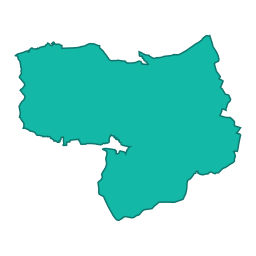 Mariselu, Bistrita-Nasaud, Romania (Robinson projection)
{"feature_id": "2599482B66429333464185", "entity_name": "Mariselu", "entity_type": "district", "adm_level": 2, "iso_a3": "ROU", "parent_name": "Romania", "parent_adm1": "Bistrita-Nasaud", "projection": "robinson", "projection_center": [24.492, 47.008], "detail": "fine", "context": "isolated", "style": "filled", "palette": "teal", "viewbox_px": 256, "rotation_deg": 0, "n_neighbors": 0, "source": "geoboundaries", "source_scale": "gbopen_adm2", "svg_char_len": 5685}
<svg xmlns="http://www.w3.org/2000/svg" viewBox="0 0 256 256"><path d="M212.5,44.3L209.8,35.8L209.6,36.1L209.2,36.1L206.8,35.6L205.8,36.0L204.2,37.2L202.6,38.6L202.0,39.8L198.9,42.2L197.4,43.1L196.4,43.5L186.6,50.4L180.8,53.7L178.3,54.8L173.7,54.6L171.8,55.5L164.0,56.4L162.0,57.2L158.8,57.7L156.9,57.6L156.0,58.0L153.7,58.4L151.6,57.4L149.5,56.2L149.1,55.4L145.6,54.9L144.5,54.3L143.8,54.2L141.7,52.9L139.1,51.7L139.4,55.8L139.6,56.0L140.0,56.2L141.7,56.2L141.7,56.5L142.5,56.6L142.4,57.4L142.4,58.0L142.8,58.4L143.1,58.3L143.7,58.8L143.9,60.0L147.3,62.9L147.4,63.2L148.0,64.0L148.1,64.4L142.5,64.2L142.5,63.6L141.8,63.5L141.5,63.2L141.3,62.7L141.2,62.0L141.0,61.7L139.8,61.2L139.4,61.1L137.7,61.5L136.8,62.1L134.1,62.8L130.4,63.1L126.6,62.9L126.0,62.1L124.9,61.0L124.2,61.1L122.5,61.0L118.2,60.3L116.8,60.4L115.5,60.7L113.6,60.5L111.9,60.8L110.5,60.5L109.2,59.6L106.3,55.3L104.7,53.4L103.2,51.1L99.6,47.8L99.6,45.7L97.9,45.5L93.8,43.8L91.8,43.8L90.9,43.6L88.7,44.0L86.9,44.8L84.9,45.9L84.0,46.2L82.7,46.3L82.3,46.5L81.0,46.7L78.2,47.5L73.6,47.9L61.9,48.3L61.8,45.4L61.0,45.5L59.5,44.4L58.6,44.1L56.5,44.5L55.9,44.3L55.8,44.0L55.3,44.2L54.9,44.2L54.6,43.8L54.1,42.4L53.3,42.2L53.1,42.2L52.6,42.9L51.8,43.4L51.7,43.5L52.1,44.0L52.9,44.0L53.2,44.2L53.1,44.7L52.5,45.5L51.1,45.5L50.1,45.1L49.6,44.3L49.1,43.8L47.9,43.2L47.6,43.1L47.4,43.4L47.5,43.9L47.0,44.4L46.0,44.9L45.5,45.4L45.1,46.4L44.0,46.4L40.2,47.3L39.4,47.7L38.3,48.7L37.8,48.4L37.8,48.6L37.7,48.7L37.1,48.7L36.8,48.8L36.2,48.7L34.2,49.1L33.7,49.0L32.1,48.0L31.5,48.0L29.9,49.4L29.7,50.4L29.4,50.6L28.9,50.5L29.3,51.6L28.2,52.0L28.0,51.9L27.9,51.4L27.4,50.9L26.5,51.3L25.8,51.3L25.0,51.7L23.0,52.5L17.5,54.1L15.4,55.6L15.6,55.8L17.3,55.9L18.2,58.0L18.2,59.0L20.2,61.7L20.2,62.9L20.6,64.8L20.8,67.3L21.7,69.2L21.1,70.3L21.0,71.1L21.4,72.8L21.2,74.0L20.5,74.8L20.2,75.7L19.5,76.4L19.4,77.0L19.6,77.6L20.4,78.7L21.5,79.6L21.7,80.2L23.3,82.0L23.5,82.3L24.3,82.9L24.2,83.4L24.4,84.2L24.8,84.7L24.7,85.6L23.5,86.8L23.4,87.1L22.4,88.6L20.7,89.5L20.2,90.4L21.5,91.6L23.0,93.9L23.9,94.7L24.7,95.8L24.9,96.7L24.8,97.6L23.9,99.7L23.8,100.1L21.7,101.8L21.0,103.2L20.3,103.8L20.0,105.0L19.2,106.0L19.2,107.1L19.5,108.8L19.8,109.9L20.2,112.3L20.2,114.7L19.6,116.0L19.7,116.8L19.5,117.3L20.2,117.6L21.5,120.1L23.8,123.0L24.0,126.0L23.2,128.3L24.4,128.2L25.3,128.3L26.7,129.0L28.0,129.4L29.9,131.0L31.7,131.2L34.2,132.1L35.2,132.9L36.0,133.9L36.5,134.9L37.4,135.3L39.3,135.2L40.8,135.8L42.1,135.8L42.6,136.0L42.9,136.7L47.0,136.4L47.1,136.7L48.3,136.8L49.8,136.5L50.5,137.1L50.6,137.6L50.5,138.0L50.6,138.4L51.7,138.6L52.3,138.9L53.1,139.7L53.8,139.9L53.9,141.0L55.5,140.8L55.7,141.2L56.0,141.4L56.6,141.4L57.4,142.2L58.8,142.3L58.8,141.3L59.1,141.0L59.8,141.6L60.0,141.3L60.2,140.1L60.8,139.6L61.1,137.5L63.4,137.1L63.5,141.1L63.8,143.0L63.6,144.3L63.2,144.7L63.2,145.4L66.6,145.3L66.7,142.1L69.8,141.9L70.3,140.2L78.7,139.3L78.9,140.5L80.0,142.0L80.8,144.1L82.3,144.4L83.7,144.1L85.5,144.2L86.9,143.5L91.5,143.5L95.6,143.9L97.7,144.4L99.6,144.5L100.3,144.8L101.6,144.5L103.4,143.3L103.8,143.3L104.5,143.6L105.3,143.5L105.7,143.1L107.9,143.0L109.1,142.0L109.2,140.3L109.1,139.1L109.8,136.8L110.5,136.1L110.5,135.4L111.2,134.8L112.1,135.7L113.3,135.9L114.0,136.1L114.0,137.0L114.7,136.9L114.8,137.8L116.5,138.0L115.7,138.5L115.7,139.0L117.0,139.6L118.2,139.6L119.0,139.8L119.1,140.2L118.6,140.4L119.6,142.1L120.3,142.7L121.2,142.9L121.2,144.6L123.7,145.6L129.9,146.8L129.0,147.1L128.5,147.5L128.5,148.1L127.6,149.2L126.8,150.4L126.6,151.4L126.2,152.2L125.7,153.7L125.4,153.0L124.9,152.4L124.1,151.9L121.5,151.3L120.5,150.9L120.1,150.9L119.4,151.4L119.2,152.6L119.0,153.0L118.7,153.3L117.9,153.7L116.5,153.9L115.8,153.5L116.3,152.3L116.2,151.8L115.7,151.3L116.1,150.9L114.7,150.1L114.8,149.7L107.3,148.6L105.1,148.5L103.8,148.7L103.1,149.1L102.2,149.1L106.2,151.0L106.9,152.3L106.9,154.0L106.7,155.6L106.0,157.4L105.8,158.8L106.6,163.2L106.5,164.6L105.5,167.7L103.0,171.7L101.6,174.3L102.4,176.9L102.3,177.6L101.5,178.7L101.4,179.6L98.5,181.8L98.0,182.6L98.9,188.8L98.7,192.1L99.2,194.2L103.6,196.5L104.8,199.4L108.5,207.1L113.4,215.9L116.3,219.6L118.6,220.4L121.9,218.6L124.6,216.5L127.9,217.0L131.7,217.8L133.9,217.4L136.5,215.6L139.0,214.9L142.7,210.6L144.9,209.6L152.0,208.6L154.5,205.9L159.1,202.2L166.8,202.1L174.4,202.3L183.0,199.3L185.7,193.6L186.7,189.1L187.1,182.7L187.7,180.3L190.5,178.7L192.9,175.6L194.1,173.5L195.6,173.3L196.3,171.4L197.8,171.4L197.9,173.1L200.4,174.4L203.0,174.8L206.7,173.8L207.5,174.0L208.3,173.7L208.6,173.5L209.5,172.3L211.1,171.9L213.7,173.3L215.1,173.7L216.4,172.8L218.5,172.8L222.0,169.2L223.1,168.4L224.0,167.9L225.5,167.5L227.4,166.1L230.8,163.8L231.2,163.7L231.7,163.3L232.2,163.2L234.4,161.3L234.5,158.2L235.2,157.1L235.3,156.3L235.1,155.5L235.1,155.1L234.3,152.4L233.7,151.7L235.3,151.0L237.3,151.4L238.3,146.7L238.6,144.4L240.1,136.9L240.6,135.2L240.4,135.0L240.0,134.3L239.6,134.0L236.5,133.2L236.9,132.5L237.3,132.6L240.5,127.7L234.8,126.0L234.6,125.6L234.3,123.6L234.5,122.7L234.5,122.1L233.9,121.0L233.0,120.0L230.9,118.1L230.1,117.5L226.9,117.5L224.9,117.2L220.1,115.7L219.9,115.2L221.3,112.6L221.4,111.5L221.9,111.0L221.8,109.4L222.7,108.9L226.0,110.2L225.8,109.5L226.0,108.5L226.8,106.6L227.2,105.0L227.9,103.1L229.5,101.7L230.0,101.0L230.5,99.8L230.5,99.0L230.3,98.4L229.4,97.4L229.5,96.5L229.1,95.8L228.3,94.9L225.2,94.2L224.8,93.3L223.8,91.7L222.5,89.4L221.8,88.6L220.9,87.9L220.7,87.6L220.6,87.3L220.8,86.6L221.1,86.1L223.1,81.1L223.0,80.9L220.8,79.6L219.2,79.0L219.0,78.8L219.2,78.1L220.1,77.2L220.3,76.6L216.3,71.1L214.4,64.0L215.0,62.8L218.5,61.1L218.6,60.8L218.9,59.6L218.9,59.2L218.2,56.0L216.5,52.1L212.9,46.5L212.5,44.3Z" fill="#14b8a6" stroke="#0f766e" stroke-width="1.5"/></svg>